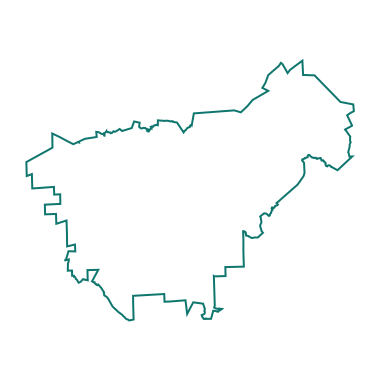 the district of Coyame del Sotol, Chihuahua, Mexico, rotated 268°
{"feature_id": "50627088B56827534885832", "entity_name": "Coyame del Sotol", "entity_type": "district", "adm_level": 2, "iso_a3": "MEX", "parent_name": "Mexico", "parent_adm1": "Chihuahua", "projection": "albers", "projection_center": [-105.311, 29.735], "detail": "fine", "context": "isolated", "style": "outline", "palette": "teal", "viewbox_px": 384, "rotation_deg": 268, "n_neighbors": 0, "source": "geoboundaries", "source_scale": "gbopen_adm2", "svg_char_len": 5810}
<svg xmlns="http://www.w3.org/2000/svg" viewBox="0 0 384 384"><g transform="rotate(268 192 192)"><path d="M127.9,62.2L129.0,66.5L127.7,66.5L124.5,65.5L117.7,65.1L117.7,69.3L112.4,69.3L112.4,71.1L111.9,71.4L111.4,71.3L111.4,71.6L111.1,71.9L110.9,72.3L110.0,72.7L109.2,72.8L108.6,73.6L108.1,74.0L107.6,74.4L106.0,75.0L105.3,75.6L106.2,77.7L108.7,80.0L108.7,80.3L108.2,81.3L108.3,81.7L107.9,82.3L108.0,82.7L107.8,82.8L107.8,83.2L107.4,84.7L117.6,84.8L117.5,95.6L106.2,89.0L105.2,90.4L105.4,91.1L105.2,91.5L104.8,91.5L104.1,91.8L103.9,92.0L103.5,92.3L103.5,92.6L103.1,92.7L102.7,93.5L102.8,93.8L102.7,94.0L102.3,93.9L102.2,94.1L102.8,95.1L99.1,98.1L98.4,98.6L97.6,98.9L95.5,100.3L94.3,100.3L94.2,100.6L92.1,100.6L91.7,100.7L90.8,102.2L90.1,103.1L88.4,104.4L80.2,108.7L74.4,114.5L71.7,118.0L70.6,118.8L69.7,119.7L69.7,119.8L67.4,121.8L67.0,122.7L66.9,123.3L65.8,124.8L66.0,126.1L66.6,129.2L83.0,129.3L90.3,129.5L91.0,160.7L83.3,160.7L83.3,165.6L84.0,181.7L70.3,182.9L81.7,189.4L80.0,199.2L79.5,199.3L74.6,200.8L73.2,200.3L72.9,200.5L72.3,200.3L71.5,200.7L69.8,200.2L69.1,199.0L69.1,198.5L68.7,197.9L68.6,197.4L67.0,197.8L65.7,198.8L64.8,199.2L64.8,199.5L65.0,200.9L64.7,200.8L64.6,206.6L72.6,209.1L72.6,209.6L72.2,211.5L71.7,212.7L71.7,213.3L71.5,213.8L71.9,213.9L72.1,214.4L72.4,214.3L72.6,214.6L72.8,215.0L72.7,215.3L72.9,216.0L73.0,216.3L73.6,216.7L73.6,216.9L73.8,217.2L73.8,217.6L74.1,217.9L74.2,216.8L74.2,216.3L74.5,215.7L74.6,214.8L74.4,212.7L75.1,211.2L75.8,210.1L77.8,210.8L107.2,210.9L106.9,211.3L106.8,222.6L115.8,222.7L115.6,241.2L131.7,241.3L142.6,241.7L151.0,241.7L151.0,242.6L150.9,242.9L150.2,243.8L149.8,243.9L149.7,244.2L149.2,244.4L148.8,244.2L148.5,244.3L148.3,244.2L147.9,244.5L146.5,244.6L146.5,245.5L146.2,246.1L146.1,246.7L145.6,247.1L145.4,247.8L144.5,249.0L144.0,250.0L144.0,251.2L144.2,252.0L144.4,253.6L144.2,255.5L144.4,256.4L144.6,256.8L145.5,257.6L148.8,261.5L150.5,260.2L155.6,258.9L156.3,259.0L159.2,260.3L159.8,260.3L164.6,259.7L165.2,259.3L168.2,263.4L168.0,264.0L168.0,264.6L167.7,265.6L167.0,266.4L165.8,267.5L165.4,268.2L165.5,268.6L166.0,269.0L166.9,269.0L168.1,270.1L168.4,270.1L168.8,270.5L169.5,270.6L169.7,270.8L170.8,271.0L171.0,271.2L171.6,271.4L171.6,271.5L172.2,271.2L172.4,271.8L172.5,271.8L172.8,271.9L173.4,271.3L173.7,271.3L173.8,271.6L173.5,272.6L173.1,273.1L173.9,274.0L174.8,274.4L174.9,274.6L175.2,274.7L175.8,276.9L176.3,277.1L176.5,277.3L178.0,276.1L179.4,278.0L182.3,281.4L195.6,297.7L203.9,304.0L207.0,305.1L217.3,305.0L219.6,303.2L219.9,303.4L220.5,303.4L220.4,303.8L220.6,304.1L221.1,304.3L221.5,305.9L222.0,306.0L222.0,306.4L222.3,307.1L222.6,308.7L223.0,308.9L224.4,309.0L224.9,309.6L224.9,310.6L223.2,312.1L222.3,313.2L222.2,313.6L222.3,314.0L221.7,314.9L221.9,315.3L221.8,315.8L221.9,316.7L221.6,317.1L221.6,317.4L220.9,317.6L220.8,317.8L220.8,318.4L221.0,318.5L221.2,318.9L221.2,320.5L221.5,321.3L221.5,321.7L221.4,321.8L220.7,321.9L220.1,322.5L219.6,322.5L219.3,322.4L218.9,322.7L218.8,322.9L218.8,323.8L219.0,324.3L218.6,324.7L218.3,324.6L217.9,324.8L217.5,325.3L217.3,325.8L216.8,326.1L216.5,326.5L216.1,326.6L215.5,326.3L213.8,326.7L213.3,327.0L212.9,328.0L213.1,328.2L213.5,328.1L213.8,329.2L214.0,329.7L213.9,330.2L213.4,330.9L212.8,331.6L212.2,332.0L212.3,332.4L211.9,332.8L208.7,338.2L221.9,353.4L221.9,350.6L225.2,350.0L226.3,349.5L231.2,351.0L234.1,351.3L236.3,352.3L237.5,351.8L239.9,351.8L241.8,352.1L247.3,348.5L249.0,347.1L249.2,347.3L252.6,354.2L253.2,354.1L253.8,353.9L263.2,349.7L265.1,352.5L267.2,356.6L273.9,356.2L276.8,343.5L304.3,318.5L305.1,307.1L319.4,306.9L310.7,294.3L307.5,291.7L316.5,287.0L318.0,285.4L315.0,283.2L306.2,272.3L298.4,269.1L293.6,266.0L290.4,271.7L281.9,255.8L275.9,250.4L269.9,243.6L272.1,237.1L270.5,196.6L258.5,194.0L259.0,193.5L258.9,193.0L258.5,192.5L257.6,192.1L257.2,192.2L257.1,191.8L256.8,191.6L256.7,190.7L256.0,189.5L255.6,189.0L254.9,188.6L253.8,187.6L253.4,186.7L253.0,186.5L252.9,186.2L252.5,186.2L251.8,185.7L261.9,179.5L262.7,175.7L263.1,175.7L263.3,175.3L263.3,174.9L263.4,174.7L263.5,173.9L263.2,173.4L263.3,172.8L263.9,171.1L263.9,170.3L264.1,169.7L264.2,168.6L264.0,167.3L264.8,160.4L259.9,160.2L260.0,159.7L260.5,159.3L260.5,159.1L260.2,158.4L260.2,158.0L260.1,157.5L259.8,157.3L259.8,156.6L259.6,156.0L259.2,155.5L258.9,155.5L258.9,154.9L258.6,154.8L258.7,154.6L258.6,154.3L258.7,154.1L258.4,154.0L258.4,153.7L258.2,153.9L257.9,153.8L257.6,153.8L257.9,153.5L257.7,153.3L257.1,153.0L256.4,152.9L256.2,152.8L255.8,152.0L255.5,152.0L254.9,151.3L254.0,150.9L254.0,150.3L254.4,150.1L254.8,149.2L255.0,149.3L255.7,150.1L256.1,150.3L256.2,149.8L256.5,149.1L256.4,148.9L256.7,148.4L257.3,147.9L257.3,147.7L257.5,147.6L257.7,147.0L257.6,146.5L257.7,146.4L257.8,145.8L257.4,144.4L257.3,143.3L257.4,143.1L257.7,142.8L258.4,142.0L258.7,141.9L259.0,141.4L263.1,142.1L264.5,136.6L258.0,134.0L255.4,124.2L257.5,121.9L255.0,117.7L254.9,117.1L255.1,116.2L255.3,116.0L255.2,115.6L255.3,115.5L254.7,115.1L254.4,114.7L254.1,114.4L253.9,114.1L253.9,113.2L253.7,113.0L254.3,112.6L254.4,112.2L254.3,111.5L254.6,111.0L254.7,110.3L254.8,110.3L255.1,109.7L255.0,109.3L255.2,108.8L255.1,108.6L255.1,108.4L255.5,108.4L255.1,108.1L254.7,107.9L254.4,107.3L253.9,106.8L253.6,106.6L253.2,106.6L253.3,106.4L252.8,106.5L251.9,106.3L251.5,106.5L251.3,106.5L251.3,106.4L252.3,105.8L252.8,105.5L252.9,105.2L253.0,104.9L253.1,104.4L253.4,103.3L254.6,101.6L255.0,100.7L255.3,99.8L255.4,98.4L250.4,98.7L250.0,96.3L248.9,86.9L246.2,80.5L245.5,80.7L245.9,79.8L243.9,75.1L247.1,69.3L251.7,61.4L255.3,54.4L241.2,54.1L227.7,27.5L213.7,27.4L215.5,32.6L201.1,32.5L201.9,54.2L194.2,54.2L194.3,60.2L184.7,60.0L184.5,44.5L174.8,44.4L174.8,55.3L165.0,55.3L167.9,65.6L166.8,65.6L166.6,65.4L165.6,65.6L156.0,65.6L142.0,65.3L143.6,73.2L136.7,73.3L137.1,66.5L129.1,63.8L127.9,62.2Z" fill="none" stroke="#0f766e" stroke-width="2"/></g></svg>